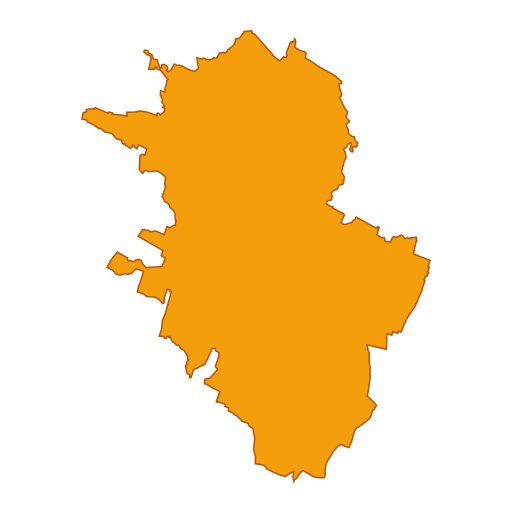 Kota Malang, Jawa Timur, Indonesia (Natural Earth projection)
{"feature_id": "22746128B9724218643478", "entity_name": "Kota Malang", "entity_type": "district", "adm_level": 2, "iso_a3": "IDN", "parent_name": "Indonesia", "parent_adm1": "Jawa Timur", "projection": "natural_earth1", "projection_center": [112.627, -7.981], "detail": "fine", "context": "isolated", "style": "filled", "palette": "amber", "viewbox_px": 512, "rotation_deg": 0, "n_neighbors": 0, "source": "geoboundaries", "source_scale": "gbopen_adm2", "svg_char_len": 5997}
<svg xmlns="http://www.w3.org/2000/svg" viewBox="0 0 512 512"><path d="M278.0,61.0L278.2,60.3L276.8,58.6L272.6,55.5L272.7,54.6L254.8,34.4L251.9,33.0L252.1,31.7L251.4,30.7L244.0,31.5L244.2,32.1L239.3,38.3L235.8,38.7L235.3,39.4L235.8,40.7L233.2,45.7L227.5,50.2L227.2,51.2L225.3,53.3L223.5,52.2L222.0,52.9L219.5,52.8L216.7,58.3L215.1,58.4L213.8,57.4L212.4,59.0L210.4,59.5L209.6,60.2L207.9,59.4L206.2,59.5L204.3,58.1L202.8,58.3L202.1,59.1L196.8,57.9L198.5,68.1L197.4,69.5L194.4,71.3L191.0,70.5L182.0,66.2L178.9,65.1L177.1,65.3L174.4,64.1L170.8,70.3L168.1,71.8L166.5,70.6L167.6,68.6L167.7,67.3L166.1,65.2L163.6,64.4L162.1,64.7L161.5,65.2L161.5,67.0L160.9,68.2L159.9,68.0L157.0,59.5L153.8,59.2L153.1,58.5L152.1,55.0L150.8,53.9L149.2,53.6L148.0,51.0L146.8,50.2L144.8,50.1L143.7,51.8L147.1,54.9L149.2,55.0L150.0,55.8L151.1,58.8L148.7,69.2L154.7,69.3L155.3,67.1L156.2,67.8L156.8,67.4L158.2,69.7L159.7,69.7L161.0,70.9L167.8,79.3L166.8,80.4L166.3,84.7L164.9,88.7L165.2,92.0L160.5,90.7L160.4,91.9L160.4,95.7L161.1,96.0L161.4,98.0L162.6,99.1L161.8,102.0L163.4,104.0L163.6,105.4L164.3,106.2L163.2,106.2L162.6,107.2L164.9,108.5L164.4,111.2L163.6,112.4L160.7,114.8L158.4,113.2L157.3,113.2L156.8,115.5L146.7,112.0L139.7,110.9L134.6,112.1L126.7,112.2L126.9,116.3L121.8,115.1L112.5,114.3L112.6,112.9L109.0,112.0L108.4,112.8L107.5,113.0L95.2,107.7L94.6,108.8L88.9,109.0L86.4,109.6L86.5,111.8L83.2,112.6L81.9,119.2L86.5,120.0L87.5,122.0L92.2,124.0L99.2,128.8L100.7,128.4L104.7,131.9L112.0,133.5L115.9,138.3L117.1,139.2L118.6,139.0L120.1,140.0L121.6,140.2L122.1,142.8L123.5,144.3L124.7,143.5L126.2,145.9L127.2,145.9L130.3,148.4L131.7,147.6L132.8,145.1L134.4,146.1L134.1,146.8L137.0,148.8L138.7,144.9L146.9,148.8L144.8,155.3L141.9,154.2L140.0,155.8L139.3,169.4L141.9,172.9L142.9,173.3L143.8,171.3L145.7,170.6L148.9,171.7L155.7,171.0L158.2,171.5L161.3,173.4L165.5,177.0L164.8,184.6L165.7,186.5L162.1,196.8L163.0,197.7L164.6,201.3L168.7,204.1L170.1,207.6L173.6,210.5L175.0,213.8L175.4,219.9L175.9,220.2L175.3,225.2L173.2,225.5L169.5,228.1L167.0,226.3L164.2,234.7L155.5,231.0L150.5,231.9L148.6,230.4L142.7,229.6L138.2,236.3L163.2,250.7L161.2,255.7L165.5,257.7L161.9,266.6L145.6,267.5L142.2,263.1L141.0,260.3L138.8,259.3L138.0,259.9L136.0,259.6L134.9,261.0L133.4,261.6L130.8,260.7L127.7,260.8L127.4,257.9L117.3,252.1L111.3,259.6L107.2,267.4L111.6,269.8L112.7,269.8L115.8,274.0L120.1,275.2L124.0,273.8L128.5,274.4L129.7,273.4L130.7,273.7L132.5,272.6L135.6,268.8L142.7,270.9L143.5,271.4L143.3,272.2L140.0,283.0L138.6,286.0L137.4,291.8L143.1,293.8L146.9,296.6L154.8,297.1L157.3,298.3L160.3,300.8L162.4,303.5L163.3,303.6L164.2,302.8L164.3,297.5L167.4,289.1L168.0,288.8L168.7,289.7L169.9,289.9L169.7,291.2L171.3,291.8L165.1,314.2L162.3,320.7L161.7,328.9L159.2,336.2L163.0,336.3L165.1,338.4L166.1,338.4L167.0,336.3L168.1,336.5L169.1,337.5L170.2,336.6L171.2,339.4L173.1,342.2L174.5,342.7L176.3,345.1L178.8,345.1L180.7,348.5L184.6,350.9L187.2,355.6L187.8,357.3L187.4,359.0L188.4,359.7L188.1,360.9L186.6,362.2L186.4,363.1L186.9,364.6L185.5,365.5L186.7,372.3L187.5,373.9L189.4,374.4L189.6,377.2L190.5,377.8L191.3,377.3L191.4,375.6L192.0,374.8L193.4,369.8L197.7,368.0L200.6,366.1L204.6,364.7L210.6,352.5L211.9,348.4L214.6,348.3L215.8,350.8L218.9,352.5L218.7,356.9L215.3,366.5L216.9,368.3L217.2,369.9L210.1,378.1L204.9,379.2L204.4,382.1L204.9,384.6L204.6,383.2L212.2,387.8L219.8,391.5L216.3,401.8L217.6,402.3L217.8,401.6L225.5,404.4L225.0,406.4L228.8,408.0L228.3,411.1L232.7,412.9L234.9,415.0L236.2,415.3L240.4,419.2L241.7,421.1L247.8,423.2L249.1,426.0L253.3,428.9L253.4,432.4L254.2,435.0L254.7,439.3L253.5,449.3L255.5,456.9L255.3,463.8L261.3,464.6L264.5,465.8L267.4,469.1L274.1,472.6L284.7,476.6L293.5,471.5L293.4,474.5L292.9,476.6L293.7,481.3L294.8,479.6L297.1,477.9L299.5,473.7L302.7,470.4L312.5,476.1L315.4,477.3L321.2,477.9L324.5,477.5L325.0,475.9L325.3,468.2L326.1,464.3L326.8,462.3L333.4,451.2L338.3,446.1L341.1,444.6L348.9,447.7L351.6,441.3L354.0,432.6L355.8,428.8L366.5,421.3L367.4,419.8L369.3,418.9L371.0,415.7L372.9,409.8L374.2,409.3L376.5,405.3L369.5,397.9L367.1,396.3L368.2,391.7L370.4,375.7L369.9,375.6L370.2,366.9L369.4,362.9L369.2,352.7L368.2,350.7L367.1,344.9L386.3,349.3L387.0,338.5L386.4,338.0L387.2,333.5L391.9,335.3L392.6,331.7L397.7,333.4L398.8,331.0L401.0,332.1L405.2,322.0L408.0,316.5L414.9,306.7L421.5,291.4L424.9,280.4L424.3,280.1L425.5,276.2L427.2,276.0L427.4,273.8L428.5,273.5L428.3,272.2L427.6,272.0L429.3,267.2L428.1,266.7L430.1,260.4L413.5,254.0L415.8,242.9L416.8,240.4L416.1,237.2L408.9,238.2L407.3,237.9L405.4,238.6L404.7,238.4L402.7,235.7L401.0,235.2L397.1,237.0L393.2,236.9L392.4,237.5L391.0,241.2L390.1,242.1L385.1,241.3L384.7,238.4L384.1,237.6L382.3,237.9L380.9,237.4L376.8,234.6L379.2,227.4L377.8,226.6L377.1,228.4L373.8,226.9L356.2,217.1L354.6,219.8L353.6,220.0L351.7,222.5L345.0,224.5L343.2,224.1L342.0,223.6L341.1,221.8L344.4,215.1L343.6,213.9L332.1,207.8L332.8,206.9L329.5,205.8L326.1,203.6L327.8,200.5L330.2,200.5L331.4,199.8L332.2,195.8L331.4,193.8L331.6,192.4L333.4,190.7L337.6,188.9L338.3,186.4L339.2,185.1L342.9,184.2L343.7,182.1L344.3,176.5L341.9,173.1L341.9,170.1L344.1,161.9L346.1,157.1L345.3,152.1L343.8,150.1L343.9,149.1L346.4,147.1L348.5,143.7L350.3,142.7L351.1,143.8L351.3,145.4L349.6,149.3L350.1,150.6L351.2,151.5L352.7,151.9L353.2,150.6L352.2,148.9L352.7,147.0L354.2,146.6L355.9,147.2L357.0,145.9L357.7,142.8L357.6,142.3L356.1,141.7L354.9,140.1L354.4,136.9L351.8,136.2L348.9,134.1L348.5,133.1L348.5,130.2L345.9,124.7L346.0,124.0L348.8,122.3L349.4,121.3L349.0,120.4L347.1,119.0L346.1,116.6L347.7,111.8L345.4,109.5L339.8,97.8L340.0,96.9L341.3,96.0L341.6,94.5L338.9,85.1L339.4,83.6L341.1,83.5L341.7,83.0L341.5,81.2L339.0,79.6L338.7,78.8L337.0,78.1L336.5,76.9L333.1,74.5L318.5,66.5L309.9,60.5L305.3,58.1L306.1,53.0L304.2,51.5L300.1,50.6L294.6,47.2L295.8,41.6L294.9,38.9L294.4,38.7L294.7,41.5L293.5,41.3L293.0,42.2L292.1,41.8L291.6,42.5L290.5,42.1L286.2,53.2L287.1,55.7L286.0,57.7L283.5,56.7L280.1,60.9L278.4,60.0L278.0,61.0Z" fill="#f59e0b" stroke="#b45309" stroke-width="1.5"/></svg>